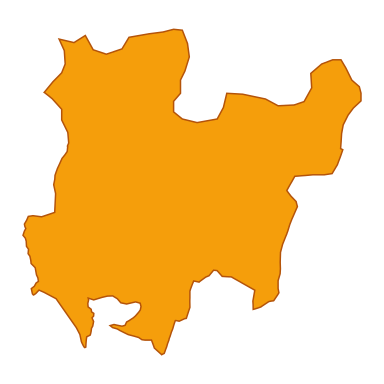 Mylikouri, Nicosia, Cyprus (Natural Earth projection)
{"feature_id": "46923920B19881543279373", "entity_name": "Mylikouri", "entity_type": "district", "adm_level": 2, "iso_a3": "CYP", "parent_name": "Cyprus", "parent_adm1": "Nicosia", "projection": "natural_earth1", "projection_center": [32.723, 34.946], "detail": "fine", "context": "isolated", "style": "filled", "palette": "amber", "viewbox_px": 384, "rotation_deg": 0, "n_neighbors": 0, "source": "geoboundaries", "source_scale": "gbopen_adm2", "svg_char_len": 3521}
<svg xmlns="http://www.w3.org/2000/svg" viewBox="0 0 384 384"><path d="M345.9,68.1L341.0,59.8L332.7,59.8L321.7,64.0L310.8,73.4L311.7,87.9L304.1,101.6L294.1,105.0L278.1,105.8L265.5,99.0L242.6,94.2L226.8,93.3L223.4,107.5L217.2,119.0L197.1,122.6L182.3,119.0L173.6,111.9L173.6,101.3L180.5,93.3L180.5,80.0L184.9,71.1L189.3,56.9L187.5,43.5L182.3,30.2L173.6,29.3L163.1,32.0L149.1,33.8L129.0,37.3L122.0,48.9L106.3,54.2L93.2,49.8L85.3,35.5L74.0,42.6L59.1,39.1L64.3,50.6L64.7,56.6L65.2,64.0L61.7,72.8L59.3,75.3L53.0,81.7L44.2,92.4L44.4,92.5L48.5,95.7L51.9,98.5L52.1,98.6L59.3,106.6L61.7,109.3L61.7,109.9L61.7,114.5L61.7,119.9L62.0,120.6L67.8,132.4L68.0,134.5L68.7,143.0L67.4,146.1L67.7,146.5L67.2,151.5L64.8,155.0L62.1,158.3L60.9,160.9L59.8,163.4L57.3,168.8L57.2,169.2L56.3,171.6L55.0,175.4L55.0,175.7L54.8,179.2L53.7,184.7L55.4,192.6L55.6,193.7L55.4,198.1L54.7,212.4L48.5,214.5L41.6,216.8L32.9,215.7L32.4,215.8L30.3,216.1L28.3,216.4L26.7,220.1L24.4,224.1L24.9,226.6L25.8,228.5L24.4,231.1L23.0,235.3L25.3,238.1L26.2,241.1L26.5,246.4L28.5,249.2L28.1,253.7L29.9,256.2L30.8,260.4L31.1,263.5L35.2,267.7L36.5,274.9L37.9,277.9L38.4,281.4L36.1,283.0L34.3,286.3L31.3,288.6L32.4,293.8L33.4,295.0L33.6,295.0L35.7,293.6L37.3,291.9L39.0,290.1L44.0,292.3L56.1,298.7L76.3,327.6L79.9,334.5L81.4,341.7L82.1,343.3L83.3,345.7L84.4,347.4L84.8,347.6L85.8,347.1L86.0,343.2L86.3,339.7L86.7,336.9L86.9,336.8L86.9,336.7L90.2,335.1L90.6,333.8L91.1,331.5L91.5,328.3L92.5,326.5L92.7,326.2L93.6,321.5L92.2,318.3L92.1,317.7L93.6,316.1L93.8,313.4L93.7,313.3L91.6,311.9L91.2,309.5L91.1,309.4L91.0,309.1L88.1,306.9L87.8,303.4L88.6,300.0L88.2,298.1L93.7,299.9L101.9,297.4L107.4,296.1L112.7,295.9L117.3,298.7L120.8,302.8L126.6,304.0L135.6,301.9L140.2,303.2L141.0,306.6L140.3,310.0L138.7,312.2L135.4,316.0L133.8,317.4L133.5,317.7L129.1,320.6L126.6,322.0L125.2,325.1L125.1,325.3L122.0,326.2L117.1,325.2L116.2,325.0L114.0,324.5L110.1,325.6L111.1,326.4L112.6,327.6L115.1,328.3L117.4,329.0L119.9,330.5L124.7,332.9L128.2,334.6L133.5,336.0L133.9,336.1L137.7,337.2L138.7,337.5L141.9,339.7L144.9,340.1L151.5,340.1L154.1,347.2L154.1,347.4L154.3,348.0L161.7,354.7L161.8,354.6L164.2,353.4L165.2,350.8L165.5,349.8L166.6,347.0L167.6,343.5L168.9,340.1L169.2,338.6L169.7,337.3L170.0,336.6L171.4,332.1L172.7,328.9L174.0,324.4L175.3,320.6L175.8,320.5L179.2,321.2L184.6,318.7L186.3,318.4L188.5,311.6L189.9,307.4L189.8,301.9L189.8,300.6L189.9,297.7L189.9,291.1L190.7,288.6L192.5,283.8L193.7,281.0L194.3,281.1L199.1,282.1L199.7,281.5L205.7,277.1L209.1,275.7L209.3,275.4L213.6,270.2L217.1,270.6L222.2,276.4L226.8,276.7L231.3,276.9L231.7,277.1L232.9,277.8L234.3,278.6L240.2,281.9L241.0,282.4L248.8,286.8L254.8,290.2L254.2,293.6L252.9,301.1L253.1,304.7L253.2,309.4L253.5,309.3L255.4,308.8L256.0,308.6L258.8,307.7L261.0,306.9L261.6,306.4L268.8,301.6L271.1,301.1L273.5,300.8L273.7,300.7L273.8,300.6L275.6,297.9L277.5,295.1L278.9,292.8L278.1,288.5L278.1,280.7L280.1,273.8L280.4,269.0L280.4,268.6L280.2,262.2L280.5,252.3L282.6,244.3L285.7,236.5L286.6,234.4L287.0,233.2L287.8,231.0L289.6,225.1L289.9,224.2L291.9,219.1L292.8,217.1L295.9,210.0L297.4,206.6L296.5,203.2L296.1,201.5L295.6,201.0L291.0,196.2L288.1,192.4L286.8,190.5L289.8,185.1L291.9,181.5L294.8,176.3L302.1,175.7L305.2,175.5L312.7,174.8L313.7,174.8L320.2,174.8L324.2,174.8L332.1,173.6L337.4,164.7L338.4,161.9L340.1,157.5L341.1,154.7L342.8,149.7L340.6,148.6L341.1,141.8L341.6,133.6L343.2,124.9L348.1,115.1L353.4,108.0L361.0,100.9L361.0,93.2L359.3,86.7L351.8,80.1L345.9,68.1Z" fill="#f59e0b" stroke="#b45309" stroke-width="1.5"/></svg>